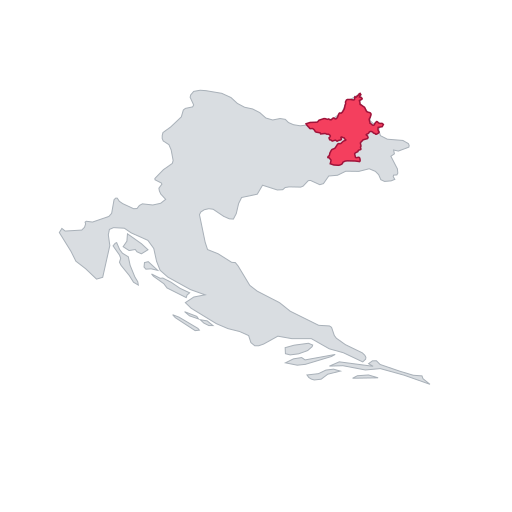 where Osjecko-Baranjska sits in Croatia, rotated 342°
{"feature_id": "HRV-1603", "entity_name": "Osjecko-Baranjska", "entity_type": "County", "adm_level": 1, "iso_a3": "HRV", "parent_name": "Croatia", "parent_adm1": "", "projection": "mercator", "projection_center": [18.514, 45.561], "detail": "fine", "context": "in_parent", "style": "filled", "palette": "rose", "viewbox_px": 512, "rotation_deg": 342, "n_neighbors": 0, "source": "natural_earth", "source_scale": "10m", "svg_char_len": 7701}
<svg xmlns="http://www.w3.org/2000/svg" viewBox="0 0 512 512"><g transform="rotate(342 256 256)"><path d="M79.9,169.8L82.2,173.3L98.3,177.5L101.8,175.7L103.9,172.8L103.9,171.0L105.3,170.5L111.0,173.2L128.3,172.9L131.9,170.8L138.4,158.6L140.5,157.6L141.9,158.1L142.9,161.7L145.4,165.0L154.2,173.2L157.5,174.1L160.7,171.9L164.1,171.3L173.6,175.6L181.6,176.4L187.6,174.2L184.6,167.7L184.2,164.3L184.6,161.5L188.7,158.6L188.5,157.3L183.5,152.3L183.8,151.0L194.6,145.3L205.0,142.1L206.7,139.6L208.1,128.9L207.6,123.2L203.3,117.9L203.1,115.2L204.1,112.3L205.7,109.8L214.8,106.9L228.0,100.6L232.0,94.7L234.5,93.8L241.8,94.6L243.4,93.1L242.4,84.7L243.7,82.6L247.6,80.2L254.1,81.1L259.5,83.3L273.7,90.7L281.2,97.6L285.4,105.1L291.1,111.0L298.2,115.1L303.9,120.8L308.0,127.8L313.9,131.8L321.4,132.7L326.1,135.1L328.1,139.1L332.2,142.7L338.4,145.9L348.0,147.7L372.1,149.2L382.8,145.4L390.9,135.6L394.3,136.3L405.5,133.5L404.8,139.3L401.4,141.9L404.8,147.9L408.0,157.7L406.2,162.5L408.4,166.2L415.2,170.0L413.3,171.1L411.7,174.3L411.5,180.0L417.0,185.5L431.4,191.5L435.7,196.3L435.8,198.3L435.0,199.7L423.8,200.2L419.6,197.7L419.2,201.6L415.1,202.8L417.4,216.9L416.5,221.0L415.0,222.4L411.8,221.6L411.0,223.0L411.7,226.0L407.7,226.3L401.3,224.8L398.3,222.0L397.8,216.6L395.7,212.4L390.6,208.0L380.0,207.3L367.6,203.1L358.5,204.4L349.9,202.4L342.5,208.0L338.7,207.9L331.2,201.0L329.0,200.5L322.4,204.1L319.8,204.3L308.9,200.5L304.9,199.9L301.9,201.2L296.7,199.8L284.1,190.7L276.3,197.6L260.4,195.9L255.7,200.7L250.3,209.6L245.9,213.9L242.1,212.4L237.6,208.4L229.7,198.3L225.7,196.4L221.1,196.0L217.1,197.1L215.0,199.2L211.9,227.1L211.9,234.9L220.6,242.1L230.9,254.5L234.3,255.9L235.9,260.0L241.0,282.0L246.3,289.8L264.0,307.7L271.5,319.1L294.2,341.3L304.2,345.2L305.8,347.2L305.9,355.8L307.0,359.0L313.6,367.9L327.2,381.0L328.8,384.0L329.2,386.3L328.4,388.0L324.8,389.7L309.2,375.0L297.0,366.9L283.1,351.7L264.6,345.7L252.0,339.0L236.0,342.1L230.8,342.2L227.1,341.0L224.4,336.8L224.4,329.4L217.0,322.7L206.9,316.4L197.4,308.1L178.2,285.7L174.4,278.5L184.2,275.8L195.6,277.2L183.3,267.7L165.7,248.9L160.4,240.0L159.8,230.4L161.1,217.2L158.0,207.7L144.4,195.4L139.4,188.9L129.3,185.0L124.8,185.4L122.1,190.2L120.2,200.9L103.6,228.9L97.2,228.7L90.0,215.4L83.1,205.3L81.5,194.6L76.2,172.9L79.9,169.8ZM376.8,421.3L376.9,424.3L381.8,431.8L360.0,415.1L339.4,401.5L324.8,398.2L304.8,387.2L291.8,383.4L302.5,382.4L333.3,397.1L329.8,393.2L334.3,391.7L338.1,392.8L340.5,397.5L357.7,410.4L368.7,418.0L376.8,421.3ZM135.6,244.0L135.1,247.3L131.4,243.1L129.5,235.5L124.8,223.3L124.2,219.8L126.6,216.4L126.5,213.0L123.2,202.2L126.0,200.4L127.6,200.2L128.3,207.7L129.8,212.0L134.3,217.3L133.4,226.0L134.3,238.4L135.6,244.0ZM155.2,216.7L147.7,218.5L144.1,215.2L143.2,212.5L137.0,211.6L132.5,206.1L137.8,202.0L140.6,195.2L150.9,209.0L155.2,216.7ZM275.9,361.9L266.3,362.2L257.9,360.6L253.8,358.0L255.4,352.2L264.7,352.6L278.9,355.2L282.4,358.2L281.3,359.6L275.9,361.9ZM300.9,374.1L296.6,374.9L269.5,374.3L261.5,372.6L251.0,366.7L259.8,365.4L268.0,366.7L270.6,370.0L300.9,374.1ZM178.4,271.8L176.8,274.0L161.5,258.9L159.8,253.9L152.2,243.6L151.1,240.8L158.0,247.6L160.6,248.2L167.2,254.8L173.7,263.2L181.5,270.5L178.4,271.8ZM267.7,384.9L279.0,387.2L287.3,386.1L294.8,387.6L300.6,391.5L287.7,390.6L279.9,393.3L273.1,391.9L270.5,390.1L268.7,387.9L267.7,384.9ZM178.4,306.9L179.2,309.0L175.1,308.2L160.2,289.7L158.6,286.1L163.9,290.4L178.4,306.9ZM151.8,228.1L158.1,239.3L152.3,235.8L147.2,234.5L146.1,231.9L147.9,227.8L151.8,228.1ZM326.2,403.9L334.5,409.6L310.1,402.1L315.4,401.2L326.2,403.9ZM189.5,302.6L193.6,308.9L189.7,307.6L185.7,303.7L183.3,299.4L189.5,302.6ZM181.0,295.1L181.9,298.1L174.3,292.4L170.9,286.9L181.0,295.1Z" fill="#d9dde1" stroke="#a8b0b8" stroke-width="1"/><path d="M400.4,135.8L400.8,135.8L401.8,135.1L403.0,134.7L403.7,134.3L404.3,133.6L405.2,133.5L405.6,134.9L404.5,135.6L404.1,136.1L403.5,136.7L404.8,137.7L405.4,138.4L405.6,139.1L405.1,139.7L404.4,139.8L402.4,140.0L402.2,142.4L402.1,142.9L401.9,143.3L401.8,143.7L402.0,144.2L403.0,145.2L403.4,145.9L405.2,148.1L405.4,149.5L405.7,152.1L406.2,153.2L407.1,153.9L408.1,154.5L409.0,155.3L409.3,156.5L409.0,157.3L407.3,159.6L406.6,160.1L405.9,160.9L405.7,162.5L405.6,164.2L405.4,164.9L405.9,165.3L407.1,167.3L407.7,167.9L408.8,167.9L409.6,167.2L410.2,166.5L411.3,165.9L411.8,165.6L412.4,165.4L412.9,165.8L413.3,166.5L413.5,167.0L413.8,167.4L414.4,167.9L415.4,168.4L416.3,168.6L417.1,169.0L417.8,170.3L416.0,172.0L412.4,171.5L411.9,171.4L411.0,173.6L411.1,175.2L411.4,176.2L410.5,176.9L408.4,177.4L407.8,177.3L407.5,177.2L407.4,177.0L407.3,176.8L407.2,176.6L406.9,176.2L406.7,176.1L406.1,175.6L405.9,175.5L405.7,175.3L405.6,175.1L405.5,174.6L405.2,174.2L404.9,173.8L404.1,173.2L403.5,173.0L402.8,172.9L402.4,173.0L402.1,173.1L401.8,173.3L401.5,173.7L401.1,173.9L400.5,174.2L398.8,174.4L398.5,174.6L398.3,174.7L398.3,175.0L398.5,175.4L399.0,176.0L399.2,176.4L399.2,177.0L399.2,177.5L399.2,178.0L398.8,178.4L398.2,178.8L393.8,178.6L392.6,179.3L391.2,180.0L390.6,180.4L390.2,180.7L390.1,181.0L390.1,181.3L389.9,183.4L389.8,183.8L389.7,184.1L389.2,184.4L389.1,184.6L389.0,184.8L388.9,185.1L388.9,185.4L388.9,185.8L388.9,186.3L388.8,186.8L388.6,187.0L388.4,187.1L386.2,187.1L385.9,187.2L385.6,187.5L385.4,187.9L385.2,188.2L382.5,188.6L381.9,188.9L381.4,189.3L381.3,189.8L381.3,190.1L381.1,192.6L381.1,192.9L381.2,193.1L381.3,193.2L381.6,193.4L381.9,193.5L384.0,193.8L384.3,193.9L384.6,194.2L384.8,194.5L384.9,195.1L384.8,196.1L384.7,196.7L384.6,197.2L384.3,197.8L384.0,198.1L383.7,198.2L383.4,198.2L383.0,197.9L379.9,196.4L372.3,193.7L370.1,193.3L368.5,193.5L367.7,193.7L367.3,194.0L367.0,194.5L366.5,194.9L365.7,195.2L363.8,195.4L362.4,195.2L358.4,193.6L357.8,193.3L357.6,193.1L355.1,191.2L356.8,188.5L356.9,187.6L356.7,187.3L356.5,187.0L356.4,186.3L356.2,185.8L356.1,185.5L355.9,185.3L355.4,185.0L354.9,184.8L354.8,184.5L354.8,184.3L354.9,184.1L355.1,183.9L355.3,183.8L355.5,183.6L355.9,183.4L356.3,183.4L356.7,183.2L357.0,182.8L357.8,181.4L358.0,181.0L360.1,178.9L360.8,178.4L361.5,178.1L363.1,178.1L364.3,177.8L364.7,177.7L368.1,174.9L368.8,174.6L369.2,174.6L370.8,175.2L371.4,175.2L371.5,175.2L374.1,174.0L375.1,173.7L376.5,173.7L377.1,173.6L377.3,173.4L377.3,173.2L376.9,172.7L376.7,172.3L376.5,172.0L376.5,171.4L376.5,171.1L376.3,170.9L375.1,170.1L374.5,169.4L374.3,169.3L374.0,169.2L373.8,169.2L373.7,169.3L373.4,169.6L373.4,170.0L373.3,171.0L373.3,171.3L373.1,171.5L372.8,171.7L372.4,171.8L369.9,171.6L369.6,171.7L369.0,171.9L368.8,171.9L368.5,171.8L368.3,171.6L367.6,170.6L367.4,170.4L367.1,170.3L364.5,170.3L364.2,170.3L363.9,170.1L363.7,169.8L363.1,168.9L362.9,168.7L362.6,168.5L362.4,168.5L362.2,168.4L362.0,168.2L361.9,166.6L361.9,166.3L362.0,166.1L363.0,165.7L363.3,165.5L363.8,164.9L363.8,164.5L363.6,164.0L363.4,163.6L362.8,162.8L362.4,162.5L361.2,162.1L360.8,161.9L360.1,161.2L359.8,161.0L359.4,160.8L355.2,159.9L355.1,158.9L355.0,158.7L354.9,158.6L351.9,157.0L351.2,156.5L350.8,156.0L350.7,155.4L350.6,154.8L350.4,154.2L349.9,153.1L349.4,152.6L349.1,152.2L348.7,152.1L347.0,151.7L346.7,151.5L346.4,151.0L346.2,150.2L345.5,148.9L344.9,147.5L344.4,145.8L344.4,145.7L348.7,145.7L355.1,147.5L355.8,147.5L356.4,147.3L357.5,146.5L358.0,146.3L363.1,146.3L364.2,146.7L366.1,148.1L367.5,148.1L368.5,149.3L369.6,149.7L370.6,149.3L371.6,148.7L372.6,148.7L373.6,150.0L374.0,150.2L374.5,150.2L374.9,150.2L375.3,150.0L376.5,149.1L378.6,146.5L379.6,145.8L381.0,146.5L382.6,145.9L385.2,143.6L385.9,142.7L387.3,140.1L388.2,139.1L388.3,139.0L388.4,138.5L388.6,137.4L388.8,137.0L390.2,135.6L391.4,135.4L394.4,136.4L396.8,137.7L397.5,137.8L398.2,137.4L398.5,136.8L398.7,136.0L399.3,135.1L400.1,135.8L400.4,135.8Z" fill="#f43f5e" stroke="#9f1239" stroke-width="1.5"/></g></svg>